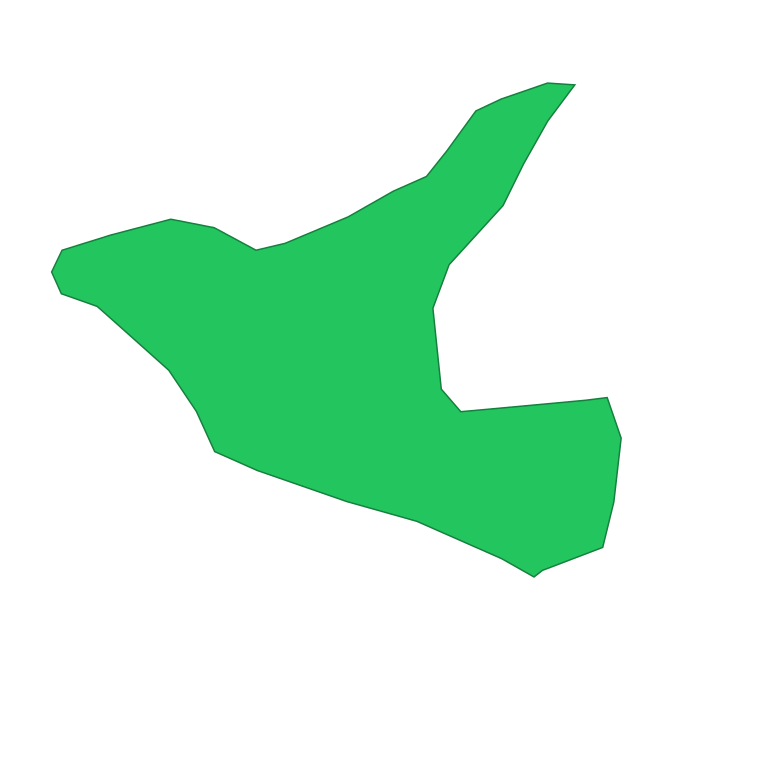 an SVG outline of Aračinovo, rotated 71°
{"feature_id": "MKD-2919", "entity_name": "Aračinovo", "entity_type": "Statistical Region", "adm_level": 1, "iso_a3": "MKD", "parent_name": "North Macedonia", "parent_adm1": "", "projection": "mercator", "projection_center": [21.571, 42.028], "detail": "fine", "context": "isolated", "style": "filled", "palette": "green", "viewbox_px": 768, "rotation_deg": 71, "n_neighbors": 0, "source": "natural_earth", "source_scale": "10m", "svg_char_len": 662}
<svg xmlns="http://www.w3.org/2000/svg" viewBox="0 0 768 768"><g transform="rotate(71 384 384)"><path d="M158.8,650.9L152.7,644.8L154.2,593.7L158.8,531.9L181.0,493.6L215.8,461.5L218.8,431.8L214.3,363.5L204.7,312.4L201.6,276.3L184.0,248.6L155.7,208.2L152.7,180.3L152.7,131.4L163.3,106.2L188.5,143.3L221.3,180.3L254.1,213.4L292.4,283.6L328.3,313.1L407.5,331.5L435.2,320.4L465.0,198.7L469.5,177.4L512.4,177.4L570.4,205.1L609.7,230.4L611.8,294.8L615.3,305.0L587.5,329.6L524.5,397.7L483.1,457.4L424.6,531.9L392.8,566.1L348.9,570.3L301.0,583.0L247.5,612.9L217.3,629.9L193.6,659.7L169.9,661.8L158.8,650.9Z" fill="#22c55e" stroke="#15803d" stroke-width="1.5"/></g></svg>